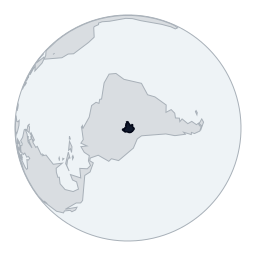 the Earth from above El Beni, rotated 263°
{"feature_id": "BOL-1293", "entity_name": "El Beni", "entity_type": "Department", "adm_level": 1, "iso_a3": "BOL", "parent_name": "Bolivia", "parent_adm1": "", "projection": "orthographic", "projection_center": [-65.092, -13.43], "detail": "fine", "context": "on_globe", "style": "filled", "palette": "ink", "viewbox_px": 256, "rotation_deg": 263, "n_neighbors": 0, "source": "natural_earth", "source_scale": "10m", "svg_char_len": 6994}
<svg xmlns="http://www.w3.org/2000/svg" viewBox="0 0 256 256"><g transform="rotate(263 128 128)"><circle cx="128" cy="128" r="113" fill="#eef3f6" stroke="#a8b0b8"/><path d="M96.4,19.9L98.0,19.6L100.0,19.0L102.6,18.7L105.8,18.0L105.6,18.3L108.4,17.5L108.0,17.4L109.1,17.1L111.0,16.8L111.0,17.0L110.1,17.2L111.0,17.1L110.2,17.4L111.7,17.1L111.5,17.6L114.5,16.7L116.6,16.8L115.7,17.3L112.2,17.7L101.3,21.2L99.3,22.4L100.0,23.4L109.0,23.8L108.3,25.2L109.9,26.8L112.0,25.5L111.4,24.0L115.7,22.5L114.5,21.1L116.0,20.4L116.2,19.1L120.1,18.9L123.7,19.5L123.8,20.7L125.4,21.1L128.5,19.9L131.6,22.3L138.9,24.8L139.3,25.7L134.4,27.1L126.4,27.1L119.9,30.3L128.0,27.9L128.8,30.8L130.6,31.3L132.9,31.2L134.1,30.1L135.2,31.2L127.6,33.6L126.5,32.6L128.9,31.7L125.2,31.9L120.0,34.1L120.8,35.7L112.3,38.5L112.7,39.7L111.1,41.3L110.9,38.9L111.1,43.4L101.1,49.4L101.1,58.5L96.8,51.8L92.7,51.5L87.6,52.4L87.5,53.8L80.9,53.8L74.6,58.0L71.6,65.8L73.4,71.4L80.8,70.4L83.2,66.6L88.8,65.2L84.2,75.0L93.8,75.2L92.5,82.6L95.3,86.2L100.2,84.7L105.3,86.2L109.2,81.6L115.2,79.0L115.2,85.1L118.7,79.4L122.0,82.2L134.2,82.0L133.2,83.3L143.5,90.8L154.7,94.6L157.4,99.4L156.0,102.2L159.9,103.4L160.0,105.3L175.7,109.8L183.8,115.8L183.6,122.7L176.8,129.9L170.7,146.8L158.6,151.5L155.6,158.5L146.2,168.7L138.9,167.6L141.0,173.1L137.0,176.2L132.2,176.3L131.5,180.2L128.0,180.2L130.4,182.8L125.0,187.9L126.8,192.1L123.0,196.3L124.3,198.8L122.8,198.7L121.2,199.7L121.2,201.1L116.2,198.9L114.4,193.3L115.9,190.4L113.8,190.0L117.0,182.7L114.8,184.2L114.7,173.6L117.5,164.8L118.6,140.5L116.1,135.9L107.4,130.9L96.8,114.7L99.5,107.8L97.3,104.9L104.6,95.1L102.8,86.9L100.2,86.0L97.6,89.3L89.0,85.0L86.2,79.3L61.6,74.1L59.4,71.9L59.9,67.4L55.0,55.9L55.6,67.7L53.1,66.0L51.7,62.1L53.3,60.6L53.4,54.8L51.6,53.6L54.1,46.9L63.2,37.5L63.3,38.2L65.5,36.2L65.5,35.4L65.0,35.4L71.6,30.5L79.6,26.3L87.9,22.8L96.4,19.9ZM100.3,61.8L111.3,65.8L104.8,66.8L106.1,65.8L103.3,64.0L98.1,62.7L92.5,64.3L100.3,61.8ZM105.8,56.2L103.9,55.9L105.8,55.8L105.8,56.2ZM64.4,35.7L65.3,35.5L64.4,36.9L63.4,37.1L64.4,35.7ZM66.3,33.8L67.4,33.2L64.9,35.0L65.0,34.7L66.3,33.8ZM114.1,19.4L115.1,19.3L114.5,19.6L114.1,19.4ZM113.2,19.1L111.8,19.5L111.1,19.4L112.0,19.1L113.2,19.1ZM115.1,18.6L110.2,19.2L109.1,19.1L111.6,18.1L115.1,18.6ZM107.1,17.5L107.6,17.6L105.4,17.9L107.1,17.5ZM99.7,19.0L100.2,18.9L103.9,18.0L104.2,17.9L105.9,17.5L105.4,17.8L97.3,19.7L99.7,19.0ZM109.4,17.0L107.7,17.3L107.8,17.2L111.2,16.6L110.1,16.8L109.4,17.0ZM111.0,16.7L112.9,16.4L114.6,16.2L111.1,16.7L111.0,16.7ZM121.6,15.7L119.6,15.9L119.4,15.8L121.6,15.7ZM113.5,16.3L113.2,16.3L113.5,16.3ZM118.2,15.8L120.3,15.6L120.5,15.6L114.5,16.2L118.2,15.8ZM124.6,203.7L116.7,199.7L121.1,201.5L123.8,199.2L128.0,202.3L124.6,203.7ZM132.7,198.0L136.1,196.9L137.0,197.7L134.8,198.6L132.7,198.0ZM209.5,50.3L205.4,46.2L204.4,46.1L208.5,53.0L206.7,53.0L202.9,50.6L196.0,42.5L200.6,43.5L198.2,41.2L192.7,37.2L194.6,38.0L192.9,36.7L194.2,37.2L191.5,35.0L191.8,35.2L201.1,42.3L209.5,50.3ZM226.2,183.2L224.0,186.7L221.4,189.5L220.6,187.0L223.2,182.9L226.8,174.0L233.0,153.7L236.0,145.8L237.1,139.1L236.2,122.9L236.6,115.3L235.7,111.5L234.2,111.4L232.8,106.9L231.7,106.2L222.3,105.5L217.8,99.4L208.3,83.0L208.7,77.6L205.8,71.0L206.5,53.1L210.0,55.2L214.3,56.0L215.5,57.2L218.6,61.6L223.1,67.7L227.2,74.7L230.8,81.9L233.8,89.4L236.3,97.1L238.3,105.0L239.6,112.9L240.4,121.0L240.6,129.0L240.3,137.1L239.3,145.2L237.8,153.1L235.7,160.9L233.1,168.5L229.9,176.0L226.2,183.2ZM210.2,62.5L211.1,64.3L210.2,62.5ZM134.6,81.9L136.0,83.1L134.1,83.1L134.6,81.9ZM103.7,69.2L106.1,69.1L107.3,69.9L105.5,70.3L103.7,69.2ZM124.3,68.4L127.1,68.9L124.1,69.4L124.3,68.4ZM113.1,66.3L122.0,68.3L116.2,70.1L110.6,69.0L114.5,68.3L113.1,66.3ZM104.4,59.3L105.9,59.6L105.3,60.6L104.4,59.3ZM107.2,56.1L106.6,56.2L105.9,55.5L107.2,56.1ZM129.3,30.6L129.9,30.5L132.2,30.6L131.0,31.1L129.3,30.6ZM142.6,28.9L144.1,30.8L142.3,29.6L141.0,30.4L135.5,29.3L139.2,26.1L138.5,27.6L142.6,28.9ZM129.2,27.3L132.2,28.1L128.7,27.4L129.2,27.3ZM182.3,30.1L184.2,31.0L185.9,32.3L185.1,32.6L182.7,30.7L182.3,30.1ZM186.6,32.2L179.6,28.2L179.8,28.1L180.9,28.7L181.7,29.1L183.6,30.3L190.7,34.6L192.6,36.0L190.1,35.3L189.8,34.6L188.0,33.6L186.6,32.2ZM161.4,21.0L158.4,20.0L162.8,20.9L165.1,21.8L164.4,21.9L161.3,21.1L161.4,21.0ZM120.4,16.9L119.0,17.1L120.2,16.7L120.4,16.9ZM120.6,15.8L126.7,16.3L125.4,16.4L130.5,17.0L129.0,17.7L125.7,17.2L128.4,18.3L124.8,18.2L127.0,19.0L119.8,17.9L116.7,18.1L120.8,17.6L122.3,16.9L122.0,16.7L118.8,16.3L112.9,16.7L113.4,16.4L115.4,16.1L116.9,16.0L116.1,16.1L118.7,15.8L118.6,16.0L120.6,15.8ZM150.9,17.7L150.1,17.6L153.6,18.3L150.8,17.7L151.8,18.0L154.0,18.4L148.0,18.5L147.6,19.5L148.8,20.9L143.9,20.1L139.6,18.5L136.4,17.1L137.5,16.4L135.1,16.3L134.9,16.1L136.9,16.2L133.7,15.9L134.1,15.8L131.2,15.4L126.4,15.4L125.8,15.4L134.2,15.5L142.6,16.3L150.9,17.7ZM216.6,58.4L214.6,56.0L215.0,56.5L216.6,58.4ZM209.5,50.5L212.2,53.5L211.7,53.0L209.5,50.5ZM207.4,48.1L209.4,50.3L208.0,48.9L207.4,48.1Z" fill="#d9dde1" stroke="#a8b0b8" stroke-width="1"/><path d="M127.4,122.0L127.3,122.3L127.3,122.5L127.4,122.8L127.5,122.9L127.6,123.0L127.5,123.3L127.4,123.5L127.5,123.6L127.4,123.7L127.4,123.8L127.5,123.8L127.5,124.0L127.8,124.3L127.7,124.3L127.8,124.4L127.8,124.5L128.0,124.6L128.1,124.8L128.1,125.0L128.3,125.2L128.5,125.2L128.6,125.3L128.7,125.5L128.7,125.4L128.8,125.4L128.8,125.5L129.0,125.6L129.2,125.8L129.2,126.0L129.3,126.0L129.5,126.1L129.8,126.2L130.0,126.2L130.2,126.3L130.3,126.2L130.5,126.1L130.8,126.1L130.9,126.3L131.0,126.3L131.2,126.5L131.3,126.5L131.5,126.6L131.8,126.4L131.9,126.5L132.0,126.7L132.0,126.8L132.3,127.0L132.5,127.1L132.9,127.3L133.0,127.3L133.2,127.5L133.3,127.5L133.3,127.4L133.4,127.5L133.4,127.4L133.5,127.4L133.6,127.5L133.6,127.4L133.6,127.5L133.8,127.7L133.8,127.8L134.0,127.9L134.1,128.0L134.2,128.3L134.3,128.3L134.4,128.2L134.4,128.3L134.5,128.2L130.9,130.3L130.2,130.5L130.2,130.8L130.2,131.0L130.2,131.3L130.3,131.5L130.5,132.0L130.8,132.3L131.0,132.5L131.1,132.8L131.3,132.9L128.8,132.8L128.8,132.7L128.6,132.8L127.9,132.9L127.7,133.1L127.7,133.3L127.5,133.6L127.3,133.8L126.7,134.0L126.3,133.9L126.2,133.9L125.9,133.7L125.5,133.3L125.4,133.2L124.7,132.4L124.3,132.0L124.3,131.9L124.2,131.9L124.2,131.7L124.0,131.4L123.9,131.3L123.9,131.2L123.7,131.1L123.6,130.9L123.6,130.7L123.4,130.5L123.4,130.3L123.4,130.2L123.3,129.9L123.3,129.7L123.4,129.4L123.3,129.2L123.4,128.9L123.4,128.7L123.5,128.6L123.6,128.4L123.6,128.2L123.6,127.9L123.7,127.7L123.8,127.7L124.0,127.5L124.0,127.4L124.1,127.2L124.3,127.0L124.4,126.5L124.4,126.3L124.5,126.2L124.5,125.9L124.5,125.7L124.6,125.4L124.6,125.2L124.4,125.0L124.4,124.9L124.5,124.9L124.5,124.7L124.8,124.6L124.9,124.4L124.9,124.2L125.0,124.1L125.3,124.1L125.6,124.0L125.7,123.9L125.8,123.9L125.7,123.8L125.7,123.7L125.8,123.7L125.8,123.4L126.0,123.4L126.0,123.2L126.1,122.9L126.3,122.8L126.5,122.8L126.4,122.7L126.5,122.6L126.7,122.4L126.8,122.4L127.0,122.3L127.2,122.2L127.3,122.1L127.4,122.0Z" fill="#0f172a" stroke="#020617" stroke-width="1.5"/></g></svg>